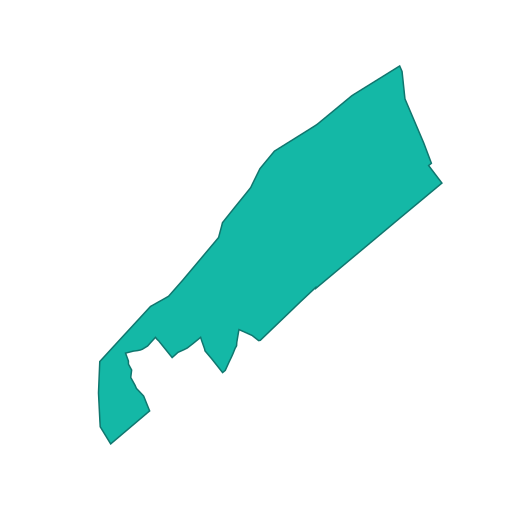 the district of New Cairo-2, Al Qahirah, Egypt, rotated 322°
{"feature_id": "37247803B58056872224952", "entity_name": "New Cairo-2", "entity_type": "district", "adm_level": 2, "iso_a3": "EGY", "parent_name": "Egypt", "parent_adm1": "Al Qahirah", "projection": "albers", "projection_center": [31.527, 30.074], "detail": "fine", "context": "isolated", "style": "filled", "palette": "teal", "viewbox_px": 512, "rotation_deg": 322, "n_neighbors": 0, "source": "geoboundaries", "source_scale": "gbopen_adm2", "svg_char_len": 1278}
<svg xmlns="http://www.w3.org/2000/svg" viewBox="0 0 512 512"><g transform="rotate(322 256 256)"><path d="M385.2,189.9L382.6,189.7L362.4,187.6L335.1,184.7L322.4,187.5L312.9,189.6L297.4,197.1L294.0,198.8L284.3,201.1L270.3,204.3L250.1,209.1L246.9,211.6L239.1,217.5L237.9,218.4L214.3,223.4L182.6,230.1L162.3,233.9L141.8,230.8L93.7,238.7L67.9,243.0L47.6,266.9L31.9,289.2L28.1,294.7L25.8,314.6L76.0,312.6L76.8,312.6L77.8,309.1L78.8,305.6L81.2,297.3L81.2,297.2L81.2,296.7L80.3,287.4L80.2,286.8L81.1,283.4L82.5,274.6L87.8,269.3L88.9,262.7L90.8,260.2L93.4,252.2L100.9,255.5L104.6,257.7L106.1,258.4L106.8,258.8L109.1,259.5L112.6,259.9L115.2,260.2L119.5,259.4L126.7,258.2L126.7,260.6L127.1,263.1L127.1,265.3L127.4,284.4L131.1,284.2L135.2,283.9L141.3,285.4L145.2,286.2L152.8,286.2L162.3,286.0L161.1,289.2L158.3,297.5L157.4,299.4L157.8,309.8L157.9,327.3L161.4,327.2L169.6,322.9L174.7,320.4L177.7,318.8L182.7,315.9L185.4,314.8L187.7,312.2L195.9,304.7L197.3,303.5L204.0,316.2L206.0,324.3L207.5,325.1L209.3,324.9L263.0,319.4L283.8,317.5L283.4,318.2L283.3,318.3L284.1,318.3L392.7,314.7L447.4,313.0L447.4,312.9L447.7,291.0L451.3,290.9L457.7,270.4L470.1,223.9L484.7,200.5L486.2,194.7L433.5,189.0L430.0,188.7L415.4,189.1L385.2,189.9Z" fill="#14b8a6" stroke="#0f766e" stroke-width="1.5"/></g></svg>